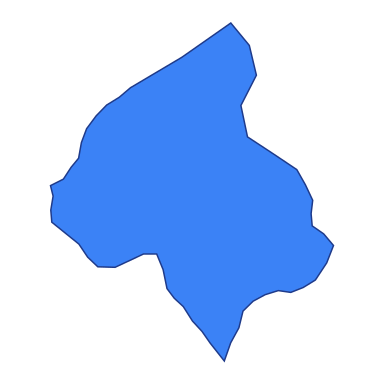 the District of Lerik
{"feature_id": "AZE-1709", "entity_name": "Lerik", "entity_type": "District", "adm_level": 1, "iso_a3": "AZE", "parent_name": "Azerbaijan", "parent_adm1": "", "projection": "albers", "projection_center": [48.478, 38.705], "detail": "fine", "context": "isolated", "style": "filled", "palette": "blue", "viewbox_px": 384, "rotation_deg": 0, "n_neighbors": 0, "source": "natural_earth", "source_scale": "10m", "svg_char_len": 737}
<svg xmlns="http://www.w3.org/2000/svg" viewBox="0 0 384 384"><path d="M115.1,267.3L97.8,266.8L87.7,257.2L78.9,244.1L51.8,222.2L50.8,210.1L53.1,196.1L50.5,185.6L63.4,179.1L71.1,167.3L78.6,158.2L81.4,142.6L86.6,128.7L96.2,115.8L106.7,105.0L119.2,97.3L130.5,87.7L181.8,57.3L230.8,23.0L249.3,45.4L256.4,75.2L240.9,105.5L247.5,136.9L272.3,153.2L296.8,169.6L305.4,184.8L312.7,200.3L311.1,213.7L312.2,225.9L323.7,233.9L333.5,245.5L326.7,262.9L315.4,280.0L303.2,287.5L290.8,292.4L278.3,290.6L265.1,294.7L253.1,301.2L243.0,311.1L238.9,327.8L230.7,342.8L224.3,361.0L210.3,343.3L202.0,331.4L192.5,321.1L183.3,306.6L174.3,298.3L167.0,288.6L163.1,269.6L156.7,254.0L143.5,254.0L115.1,267.3Z" fill="#3b82f6" stroke="#1e3a8a" stroke-width="1.5"/></svg>